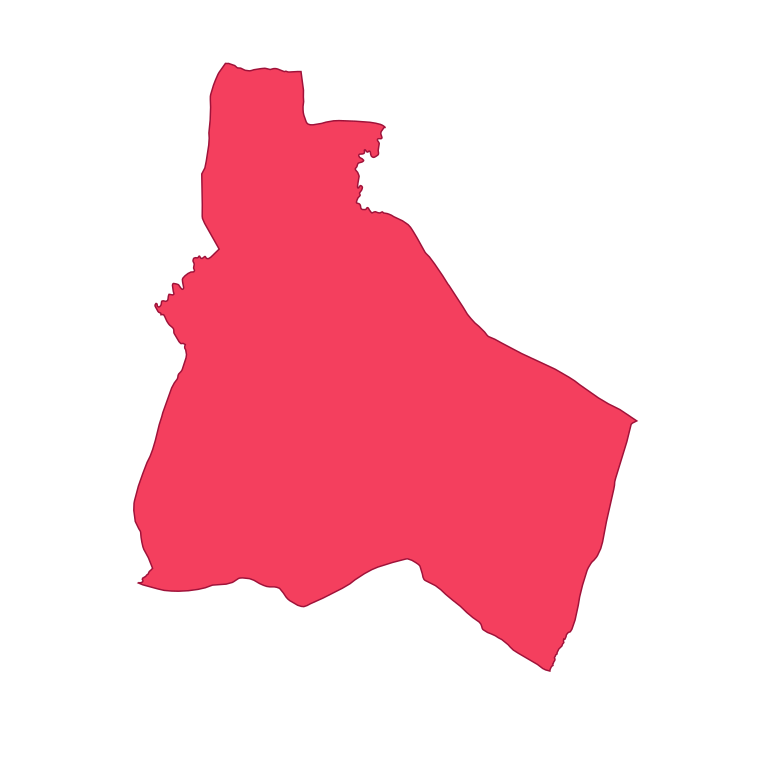 the district of Phayu, Si Sa Ket, Thailand, rotated 199°
{"feature_id": "78962969B85522874194306", "entity_name": "Phayu", "entity_type": "district", "adm_level": 2, "iso_a3": "THA", "parent_name": "Thailand", "parent_adm1": "Si Sa Ket", "projection": "orthographic", "projection_center": [104.391, 14.901], "detail": "fine", "context": "isolated", "style": "filled", "palette": "rose", "viewbox_px": 768, "rotation_deg": 199, "n_neighbors": 0, "source": "geoboundaries", "source_scale": "gbopen_adm2", "svg_char_len": 6171}
<svg xmlns="http://www.w3.org/2000/svg" viewBox="0 0 768 768"><g transform="rotate(199 384 384)"><path d="M133.7,166.6L134.0,168.0L133.8,170.6L133.4,171.9L132.6,172.9L133.3,174.4L133.0,175.1L133.0,176.7L132.6,177.9L132.6,178.8L132.8,179.6L133.7,180.5L133.7,181.4L133.4,182.4L133.4,183.8L132.5,185.1L132.9,186.4L132.4,190.4L130.5,194.2L130.5,196.3L129.8,198.0L129.9,198.3L130.6,199.3L131.1,201.3L131.0,201.5L130.2,201.3L129.9,201.5L129.6,204.3L129.9,206.2L129.6,207.2L128.9,209.0L127.2,210.4L126.5,213.3L126.5,223.0L128.3,238.2L129.7,246.4L130.8,258.4L131.3,274.0L131.0,276.9L130.0,281.6L129.3,283.7L128.2,285.7L126.8,289.3L126.3,291.3L125.5,298.9L125.9,305.8L128.9,326.5L132.5,359.4L133.1,363.3L134.0,366.6L134.3,370.1L135.6,408.5L137.2,426.4L136.3,428.0L133.0,431.4L152.6,436.6L165.5,438.3L176.9,440.7L198.7,447.0L204.6,449.0L211.1,450.6L226.9,453.7L263.8,457.6L286.4,461.1L293.8,462.4L300.8,462.9L302.5,463.7L305.8,465.9L313.0,469.4L317.9,471.3L323.2,474.2L328.0,477.2L334.0,482.2L354.6,498.3L355.9,499.1L363.7,505.4L375.2,514.0L382.5,519.0L386.8,521.1L388.3,522.1L400.5,533.1L406.2,537.9L409.8,540.7L413.0,542.5L419.5,544.3L429.3,545.4L431.9,546.0L434.8,546.2L436.4,546.2L440.0,545.6L441.5,546.2L442.3,545.7L443.3,544.6L443.9,544.3L445.4,544.0L448.1,544.1L449.3,543.5L450.8,542.0L451.1,541.9L451.5,541.9L452.3,542.3L454.4,543.7L456.0,545.2L456.8,545.4L457.2,545.3L457.5,544.9L457.9,543.4L458.5,542.8L461.1,542.0L461.8,542.0L462.6,542.3L463.2,542.9L464.4,545.1L465.2,545.9L466.1,546.3L468.8,546.3L469.1,546.6L469.3,547.1L469.4,549.1L469.2,551.5L468.0,554.3L468.1,554.9L469.1,556.1L469.3,556.8L468.3,559.8L468.2,561.6L468.5,563.1L469.6,563.9L470.7,564.0L471.2,563.5L471.9,561.1L472.5,560.9L472.9,561.2L473.3,562.0L474.0,565.2L475.1,572.1L475.6,573.0L477.8,575.5L480.5,577.1L481.2,578.0L481.1,578.7L480.4,580.6L480.5,583.0L480.3,584.3L479.7,584.9L477.0,586.8L476.3,587.7L476.0,588.4L476.1,588.9L477.9,589.8L480.8,590.3L482.1,591.5L482.4,592.1L482.2,593.0L481.9,593.4L479.2,594.5L478.2,595.3L477.9,595.8L477.9,596.8L478.7,598.7L478.3,599.3L477.9,599.3L476.5,598.3L475.4,597.8L474.6,598.3L473.9,599.4L473.1,599.4L472.5,598.9L471.2,596.6L470.3,595.5L469.7,595.1L468.5,594.8L467.6,594.9L466.8,595.4L465.5,596.9L464.3,598.6L464.1,599.3L464.3,600.5L465.5,602.9L465.7,603.8L466.8,609.8L467.4,610.6L469.5,612.2L469.8,613.0L469.6,613.7L469.3,614.1L466.6,615.0L466.1,615.6L466.2,616.5L468.5,619.5L468.8,620.8L468.8,622.0L467.6,626.0L467.3,626.6L466.6,626.9L466.9,627.3L468.7,627.9L470.2,628.2L471.9,628.3L476.6,627.9L482.5,626.9L496.5,623.2L512.3,618.4L517.4,616.4L524.1,612.7L527.8,610.1L535.4,606.0L538.1,605.1L540.2,605.0L541.5,605.4L542.9,606.5L547.4,612.2L548.7,614.4L549.8,616.9L550.9,620.0L551.9,624.8L553.7,629.2L555.8,635.6L564.2,652.4L567.9,651.1L575.5,648.0L576.5,647.8L578.6,647.8L579.8,647.0L580.3,646.9L587.0,647.2L588.4,647.1L589.7,646.8L591.2,646.2L594.0,644.3L598.6,643.9L599.8,643.6L602.9,642.2L609.3,638.8L611.5,637.2L613.1,636.3L617.5,635.4L622.3,636.0L625.4,635.2L626.2,635.4L628.8,636.5L635.3,636.5L636.6,636.0L638.3,635.5L641.4,624.9L641.8,622.7L642.3,616.6L642.5,611.0L642.1,601.2L641.8,599.4L640.8,596.4L638.0,589.1L634.3,577.0L631.3,564.4L629.3,559.5L627.5,552.9L624.6,536.8L623.7,530.0L624.7,523.3L614.2,494.4L610.5,483.4L609.5,481.4L605.9,477.5L583.8,457.9L588.9,447.8L590.5,445.6L591.9,445.0L592.8,445.0L594.3,446.2L594.8,446.3L595.2,445.9L596.7,443.6L597.8,443.3L598.5,443.5L599.8,444.7L600.2,444.8L600.6,444.5L600.9,443.3L601.2,442.8L601.8,442.4L603.3,442.1L604.6,441.2L604.9,440.5L604.9,439.8L604.8,438.6L604.3,437.6L603.2,436.6L602.4,435.4L601.9,432.1L601.7,431.5L600.2,429.8L600.1,429.4L600.3,428.3L600.8,427.9L603.0,427.0L605.3,424.7L607.4,421.5L608.6,418.7L608.7,417.5L608.6,417.0L607.6,414.8L604.9,410.1L604.7,409.6L604.8,408.6L605.2,408.0L606.1,407.9L607.7,408.8L610.4,410.8L611.0,411.0L612.7,411.0L615.6,410.6L616.0,410.3L616.3,409.6L616.1,408.3L613.5,403.2L612.1,401.1L612.0,400.3L612.7,399.5L613.5,399.3L615.8,399.0L616.5,398.7L616.5,396.9L615.8,393.6L615.9,392.5L616.7,391.5L617.2,391.1L619.7,390.8L620.9,390.2L621.1,389.3L620.6,387.0L620.6,385.8L621.0,384.5L621.4,383.9L622.3,383.4L623.1,383.6L623.6,383.9L624.6,385.7L625.3,386.0L625.8,385.9L626.0,385.4L626.2,384.0L625.6,382.9L621.3,379.0L620.3,378.5L618.3,378.3L617.7,377.7L617.5,376.9L615.4,377.7L614.7,377.6L613.4,376.5L609.9,372.8L607.4,370.8L605.9,369.9L602.8,368.7L601.8,368.2L600.9,367.5L600.3,366.5L599.5,364.4L598.9,363.5L591.6,357.3L589.3,356.1L588.8,356.2L587.1,357.0L584.7,356.6L584.7,354.8L584.4,353.8L584.1,353.1L582.6,351.7L580.3,347.5L579.7,344.4L579.5,332.5L579.6,331.0L580.0,329.7L581.4,326.6L581.5,325.1L581.1,323.0L581.1,321.4L582.6,316.8L583.5,311.1L583.8,284.8L583.5,280.9L583.3,272.5L581.8,255.9L581.4,246.7L581.6,239.4L582.5,232.7L582.9,221.0L583.0,207.5L581.9,192.5L581.5,189.8L579.4,183.0L574.4,173.0L568.6,167.2L566.7,165.7L565.9,164.7L563.8,160.0L561.5,155.7L558.9,151.5L557.2,149.4L550.2,143.0L542.8,134.4L543.9,132.0L544.9,130.3L545.2,127.4L546.2,126.1L546.8,124.2L547.8,123.4L547.9,122.8L548.8,122.1L549.0,121.8L548.9,120.5L548.2,120.0L547.9,119.5L547.8,118.8L547.9,118.2L549.2,117.0L550.1,116.5L551.1,116.4L551.5,115.9L546.5,115.6L531.4,116.6L524.6,117.3L517.4,119.1L510.8,121.2L501.6,124.9L492.9,129.3L486.6,133.2L480.7,138.0L468.1,143.4L466.9,144.2L462.8,147.0L461.8,148.1L458.3,152.7L457.3,153.5L454.7,154.6L447.8,156.2L443.1,156.1L436.7,154.8L432.4,154.4L428.9,154.4L426.0,155.0L421.6,156.5L419.1,156.9L416.2,156.8L411.2,153.7L407.3,150.7L405.0,149.4L402.6,148.5L393.6,146.7L389.8,146.8L387.3,147.4L384.6,149.5L382.0,152.3L372.0,161.7L356.9,177.3L351.1,184.1L347.7,189.4L340.7,198.4L335.0,204.6L330.2,208.9L317.6,218.2L307.8,224.7L306.1,225.8L304.7,226.4L300.2,226.4L295.9,225.5L293.0,224.7L291.4,224.0L290.6,223.4L285.9,216.9L284.2,214.0L282.6,212.3L281.3,211.7L269.7,210.1L263.3,208.0L257.2,205.2L248.8,202.0L239.4,198.7L231.3,194.9L224.0,192.1L216.7,190.0L215.3,189.2L214.1,188.4L212.7,186.6L211.7,185.1L210.9,184.3L210.0,183.9L205.3,182.8L200.9,182.6L196.8,182.2L193.2,181.3L189.3,180.7L181.7,177.9L178.9,176.3L175.0,174.5L169.5,173.2L147.6,168.8L141.3,166.7L138.2,166.3L133.7,166.6Z" fill="#f43f5e" stroke="#9f1239" stroke-width="1.5"/></g></svg>